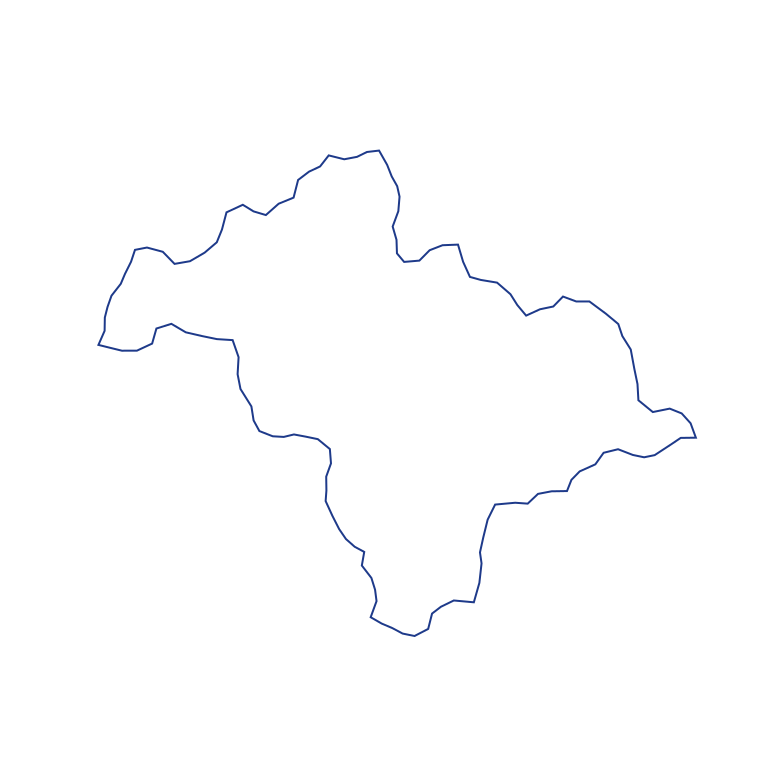 Patrocínio do Muriaé, Minas Gerais, Brazil (Albers equal-area conic projection), rotated 38°
{"feature_id": "56859067B72452830054870", "entity_name": "Patrocínio do Muriaé", "entity_type": "district", "adm_level": 2, "iso_a3": "BRA", "parent_name": "Brazil", "parent_adm1": "Minas Gerais", "projection": "albers", "projection_center": [-42.255, -21.171], "detail": "fine", "context": "isolated", "style": "outline", "palette": "blue", "viewbox_px": 768, "rotation_deg": 38, "n_neighbors": 0, "source": "geoboundaries", "source_scale": "gbopen_adm2", "svg_char_len": 1773}
<svg xmlns="http://www.w3.org/2000/svg" viewBox="0 0 768 768"><g transform="rotate(38 384 384)"><path d="M563.2,563.8L569.6,549.8L563.2,535.3L566.0,524.5L572.3,511.6L589.2,500.7L581.6,482.0L571.3,465.3L563.3,457.6L556.7,443.8L549.2,427.1L545.8,410.6L560.5,396.8L570.9,389.8L573.0,375.8L582.1,365.4L594.1,355.7L590.7,344.1L592.0,332.4L600.0,317.2L599.4,303.0L608.6,291.3L623.8,286.7L634.1,281.6L641.1,273.4L647.0,256.0L651.0,243.8L662.8,234.3L649.8,226.2L636.7,223.9L624.3,227.5L613.1,240.6L594.5,240.2L583.8,228.0L572.0,218.0L557.2,204.9L542.3,199.5L531.7,192.5L515.5,192.0L495.0,192.5L484.7,200.6L471.2,204.9L469.7,218.7L460.9,229.1L453.9,242.6L440.4,239.7L428.4,235.4L410.7,234.5L396.2,242.4L385.8,246.7L371.1,239.0L356.5,228.6L344.7,238.6L337.6,250.5L335.9,265.0L324.7,275.4L313.8,273.1L305.1,262.7L293.9,254.6L288.9,239.0L280.9,226.8L272.6,220.0L262.3,215.7L251.6,209.4L236.4,203.1L227.7,211.7L222.9,221.6L214.3,231.4L199.7,237.9L199.7,251.9L194.2,262.8L190.7,276.1L198.0,292.8L190.0,306.8L186.9,323.6L174.9,328.3L162.4,329.7L154.2,345.7L161.2,362.0L165.0,375.3L161.8,390.9L155.5,406.7L145.0,418.3L128.3,416.0L113.2,422.4L105.2,431.6L109.4,443.4L112.1,456.7L114.9,467.1L114.9,482.2L118.7,493.5L123.1,503.5L131.1,514.1L134.9,529.0L145.0,524.5L157.0,519.1L168.8,509.8L176.4,494.9L170.5,480.4L179.4,467.5L196.0,465.3L211.2,458.2L224.7,451.5L237.7,442.6L252.9,452.4L262.6,466.4L274.0,476.3L293.3,483.3L303.7,493.0L314.8,497.8L328.5,493.7L337.6,487.4L344.1,479.2L354.5,473.8L365.8,468.2L381.4,468.6L391.1,479.2L395.5,492.6L404.2,503.4L410.1,512.2L424.6,519.7L438.1,526.0L449.5,529.6L461.1,530.3L471.8,528.5L478.3,540.7L493.5,544.6L503.6,551.6L511.8,559.7L517.1,576.0L529.7,574.2L540.9,571.2L552.3,569.2L563.2,563.8Z" fill="none" stroke="#1e3a8a" stroke-width="2"/></g></svg>